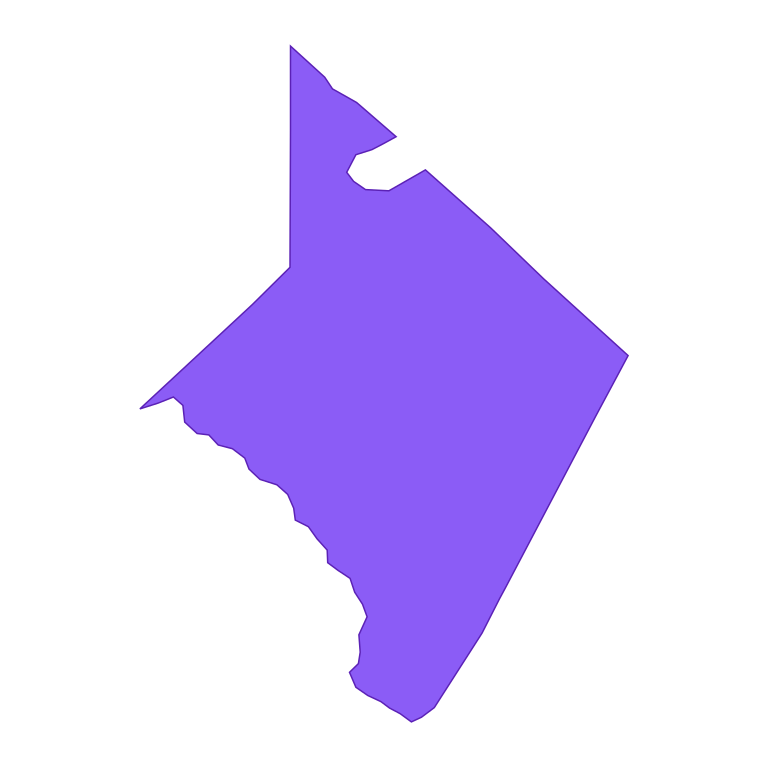 Umbaúba, Sergipe, Brazil (orthographic projection)
{"feature_id": "56859067B33305464141622", "entity_name": "Umbaúba", "entity_type": "district", "adm_level": 2, "iso_a3": "BRA", "parent_name": "Brazil", "parent_adm1": "Sergipe", "projection": "orthographic", "projection_center": [-37.678, -11.396], "detail": "fine", "context": "isolated", "style": "filled", "palette": "violet", "viewbox_px": 768, "rotation_deg": 0, "n_neighbors": 0, "source": "geoboundaries", "source_scale": "gbopen_adm2", "svg_char_len": 872}
<svg xmlns="http://www.w3.org/2000/svg" viewBox="0 0 768 768"><path d="M396.1,136.7L356.6,102.5L332.5,88.9L324.7,77.2L290.5,46.1L290.5,79.1L290.5,130.4L290.0,267.3L252.4,304.5L139.9,408.9L158.1,403.1L173.4,397.0L182.9,405.4L184.7,422.1L197.1,433.5L208.8,434.9L218.2,445.0L232.4,448.7L244.8,458.1L249.0,469.1L260.0,479.4L276.9,484.8L287.7,494.4L293.7,508.2L295.3,520.1L308.4,526.7L317.1,538.9L327.2,550.1L327.7,562.7L338.2,570.5L350.1,578.4L354.7,592.2L362.5,604.2L367.1,616.8L358.9,634.8L360.2,652.2L358.4,663.6L349.5,672.3L355.9,687.3L367.8,695.5L380.9,701.6L389.6,708.1L400.2,713.7L411.4,721.9L421.5,717.2L434.3,707.6L482.1,633.0L499.5,598.8L505.7,587.3L595.7,416.2L628.1,355.6L543.4,278.6L490.8,228.0L425.4,169.9L388.9,190.8L365.5,189.6L353.6,181.4L346.7,172.3L355.9,154.7L372.0,149.6L383.7,143.5L396.1,136.7Z" fill="#8b5cf6" stroke="#5b21b6" stroke-width="1.5"/></svg>